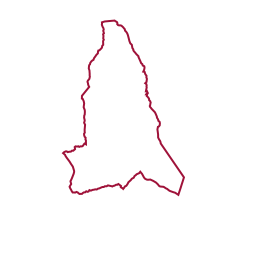 Cidelândia, Maranhão, Brazil, rotated 32°
{"feature_id": "56859067B11209139502927", "entity_name": "Cidelândia", "entity_type": "district", "adm_level": 2, "iso_a3": "BRA", "parent_name": "Brazil", "parent_adm1": "Maranhão", "projection": "albers", "projection_center": [-47.853, -5.056], "detail": "fine", "context": "isolated", "style": "outline", "palette": "rose", "viewbox_px": 256, "rotation_deg": 32, "n_neighbors": 0, "source": "geoboundaries", "source_scale": "gbopen_adm2", "svg_char_len": 3460}
<svg xmlns="http://www.w3.org/2000/svg" viewBox="0 0 256 256"><g transform="rotate(32 128 128)"><path d="M49.9,52.2L50.6,53.1L51.1,54.3L52.8,55.6L54.3,56.4L55.3,57.5L55.5,58.7L56.5,59.6L57.4,60.4L57.2,61.7L58.4,62.9L59.5,65.1L60.7,66.0L60.7,67.0L61.0,67.8L61.7,68.8L62.9,70.6L62.6,71.9L63.3,73.7L63.1,75.1L62.8,76.3L62.6,77.3L61.8,78.0L62.0,78.9L62.5,80.0L62.9,80.7L62.4,82.8L62.4,83.9L62.2,86.9L62.6,88.5L62.0,89.6L61.6,90.9L61.5,92.8L62.0,94.1L61.8,95.0L62.0,95.9L62.6,97.1L63.2,98.3L64.8,99.6L66.9,102.5L67.5,103.6L68.4,104.6L69.2,106.8L68.9,109.1L69.0,110.0L69.6,110.7L70.4,111.3L71.0,112.1L72.2,113.1L73.3,113.7L71.9,125.1L73.3,127.5L74.1,127.3L76.2,128.7L77.8,130.4L79.4,133.9L81.8,135.7L82.9,137.2L84.2,139.6L84.3,140.6L85.3,142.5L87.2,144.4L87.6,145.3L88.0,146.8L89.9,148.0L92.0,152.2L93.0,153.8L93.8,154.8L93.8,156.2L94.6,157.3L95.9,158.4L97.2,158.7L98.0,160.3L98.8,160.7L100.4,163.2L101.0,164.1L99.4,164.2L99.2,165.5L99.3,166.7L98.7,168.0L97.5,168.7L96.6,169.9L95.6,169.8L94.7,170.7L93.2,171.4L92.9,172.4L94.3,174.0L93.6,176.3L92.5,176.9L92.1,178.3L90.6,179.4L89.7,180.4L88.4,180.3L87.5,180.9L87.1,181.6L86.6,182.4L86.3,183.7L88.9,184.1L89.6,184.7L91.5,185.6L95.9,187.3L97.2,187.9L98.3,188.5L101.7,190.0L103.3,191.4L105.0,192.9L105.6,193.8L106.2,195.7L106.6,197.9L107.0,200.0L107.3,202.1L107.4,203.6L108.3,204.5L109.5,205.6L109.5,207.1L109.6,208.8L110.6,209.5L111.4,210.0L112.4,210.5L113.8,211.4L115.2,212.0L116.5,211.2L117.4,210.8L118.2,209.5L119.7,209.3L120.7,209.6L121.9,209.6L122.7,209.0L123.9,208.2L124.2,206.9L124.7,206.0L125.8,205.2L126.1,203.8L127.6,203.5L128.2,202.7L128.2,201.1L129.7,200.8L130.8,199.2L131.8,198.4L132.7,197.4L134.1,196.7L134.7,195.3L135.6,194.5L136.4,193.3L136.9,192.5L137.6,191.6L138.7,190.9L139.2,189.7L140.8,188.7L141.4,187.3L143.4,186.6L144.8,186.1L145.7,185.9L146.3,184.8L147.1,184.1L148.0,182.4L148.9,181.9L149.5,180.6L152.8,180.9L153.1,181.9L154.0,182.1L155.4,181.9L156.2,182.2L156.4,180.6L156.3,179.3L157.2,177.9L157.3,175.7L157.1,173.8L158.0,170.7L158.1,169.1L159.2,167.1L159.0,165.3L159.6,163.8L159.8,162.7L161.4,160.4L161.6,158.6L164.3,159.5L167.8,161.5L169.4,162.0L171.3,161.8L172.4,161.3L174.2,159.9L177.3,159.5L180.6,159.4L183.4,160.0L184.8,160.6L186.2,160.6L189.2,159.1L190.1,159.0L192.1,159.1L193.5,158.9L195.6,159.2L196.8,159.2L200.1,158.5L202.3,157.9L206.1,158.0L204.3,150.6L203.6,148.0L202.7,144.4L201.6,140.2L164.0,123.8L163.0,122.7L162.1,122.0L160.2,121.1L158.6,120.1L157.0,117.6L155.2,115.4L153.7,113.6L152.8,111.2L153.3,110.5L153.5,109.0L152.5,107.0L151.5,106.0L149.9,105.8L149.3,105.1L148.4,104.5L147.1,103.9L146.4,103.0L143.8,101.2L142.5,100.4L139.4,99.6L137.8,99.2L136.6,98.7L135.5,98.4L134.8,97.8L134.7,96.9L134.1,95.6L133.8,94.5L132.6,93.5L131.2,93.2L130.4,92.1L129.4,91.6L128.3,91.2L126.9,90.9L126.4,89.2L125.6,89.7L125.6,88.8L126.2,87.8L125.2,87.2L124.4,86.6L123.7,87.3L122.3,83.6L121.6,82.9L121.2,81.9L120.2,81.0L118.9,80.9L119.3,79.0L118.8,78.2L118.4,77.1L117.8,76.1L116.8,75.4L116.0,73.9L114.2,73.2L112.3,71.6L111.1,72.1L110.9,70.4L110.5,69.1L109.8,67.7L109.0,67.0L107.4,67.2L106.2,66.2L104.9,66.1L102.8,64.6L101.9,64.0L100.7,63.2L99.6,62.5L98.8,61.6L95.8,60.9L94.2,60.3L92.4,59.8L91.5,59.4L90.8,58.5L89.4,57.9L87.1,55.4L85.1,55.0L83.1,53.5L80.3,50.8L78.7,49.3L77.1,48.1L75.3,47.3L73.9,47.0L72.9,45.9L71.7,45.6L70.8,45.2L68.2,44.7L66.9,45.1L66.1,45.7L65.0,46.0L63.8,45.6L63.5,44.7L62.4,44.0L60.6,44.1L59.7,44.0L51.8,50.0L49.9,52.2Z" fill="none" stroke="#9f1239" stroke-width="2"/></g></svg>